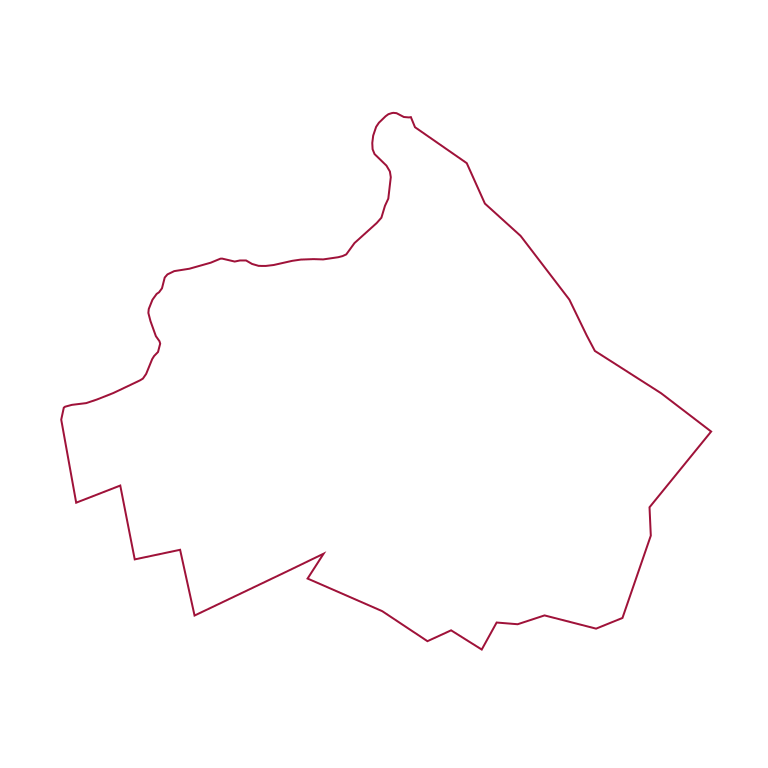 Hunterdon, New Jersey, United States of America, rotated 87°
{"feature_id": "52423323B25129931119647", "entity_name": "Hunterdon", "entity_type": "district", "adm_level": 2, "iso_a3": "USA", "parent_name": "United States of America", "parent_adm1": "New Jersey", "projection": "orthographic", "projection_center": [-75.003, 40.564], "detail": "fine", "context": "isolated", "style": "outline", "palette": "rose", "viewbox_px": 768, "rotation_deg": 87, "n_neighbors": 0, "source": "geoboundaries", "source_scale": "gbopen_adm2", "svg_char_len": 1352}
<svg xmlns="http://www.w3.org/2000/svg" viewBox="0 0 768 768"><g transform="rotate(87 384 384)"><path d="M605.3,585.3L567.2,493.4L550.3,453.2L574.3,470.5L610.8,397.6L643.1,354.1L633.5,329.9L654.3,300.3L628.1,284.0L630.9,263.1L623.5,235.8L639.4,185.0L630.1,158.1L549.4,125.5L521.0,125.3L448.6,59.8L407.7,107.8L362.0,171.7L346.2,179.0L309.4,194.5L243.3,239.8L209.1,273.8L167.8,289.8L129.2,339.6L118.9,343.2L119.1,345.1L118.4,350.2L114.2,357.3L113.7,360.5L113.9,362.1L114.8,365.5L116.7,368.4L122.8,375.4L126.8,378.4L135.4,381.8L142.7,383.1L149.0,383.1L153.9,381.4L166.1,370.1L172.1,367.0L177.8,366.4L199.1,370.0L206.1,373.7L217.8,377.9L222.8,382.8L241.7,406.1L252.6,414.9L254.1,418.7L255.0,423.1L256.4,438.2L255.6,447.8L255.4,460.5L256.2,469.2L259.4,488.0L259.9,495.7L259.5,502.9L257.2,509.5L253.4,515.3L253.1,521.4L253.9,526.7L250.3,539.1L250.3,540.8L253.8,550.7L258.7,572.3L260.3,587.6L261.2,589.7L263.2,594.5L266.2,597.4L276.8,600.7L279.1,602.6L280.6,603.8L282.0,606.1L282.1,606.3L287.7,610.8L296.8,615.0L300.7,615.6L309.0,613.9L324.3,609.3L329.5,606.0L332.0,605.4L340.2,608.0L344.0,612.1L347.0,614.2L361.5,621.0L366.0,624.5L367.6,627.5L378.7,654.4L379.0,655.2L384.5,671.6L387.5,682.4L388.5,696.8L390.0,703.7L390.9,705.0L402.7,708.2L486.4,697.6L471.6,652.7L546.1,642.1L538.9,596.3L605.3,585.3Z" fill="none" stroke="#9f1239" stroke-width="2"/></g></svg>